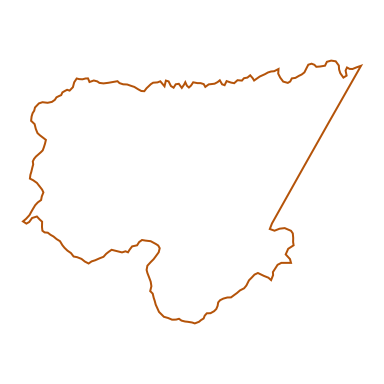 outline of Rubiataba, Goiás, Brazil
{"feature_id": "56859067B12636135520213", "entity_name": "Rubiataba", "entity_type": "district", "adm_level": 2, "iso_a3": "BRA", "parent_name": "Brazil", "parent_adm1": "Goiás", "projection": "robinson", "projection_center": [-49.897, -15.198], "detail": "fine", "context": "isolated", "style": "outline", "palette": "amber", "viewbox_px": 384, "rotation_deg": 0, "n_neighbors": 0, "source": "geoboundaries", "source_scale": "gbopen_adm2", "svg_char_len": 3135}
<svg xmlns="http://www.w3.org/2000/svg" viewBox="0 0 384 384"><path d="M23.0,221.4L26.4,223.6L29.2,222.0L32.1,218.0L36.9,216.5L39.6,219.4L42.1,221.7L42.0,227.1L42.4,230.7L44.6,232.4L47.8,232.7L50.5,234.8L53.5,236.5L56.6,239.1L60.0,241.2L62.4,245.2L64.5,247.8L67.4,250.6L71.0,253.1L73.6,256.5L77.2,257.2L81.5,258.9L84.9,261.6L88.6,263.5L91.6,261.4L95.1,260.3L99.6,258.3L103.5,256.8L106.2,253.8L108.6,251.9L111.6,249.8L117.6,251.3L122.0,252.4L125.5,251.3L128.0,252.3L129.6,249.7L132.1,246.4L137.1,245.3L139.1,242.1L142.0,240.0L145.5,240.6L150.7,241.2L155.9,244.0L158.2,245.5L159.7,248.2L158.7,252.3L155.4,256.8L153.6,259.2L150.8,262.0L147.4,265.7L146.6,269.9L147.4,273.0L149.0,277.1L150.7,281.7L151.4,286.2L150.2,291.1L152.7,293.6L153.7,297.8L154.7,300.8L155.7,304.6L159.0,311.9L163.9,316.8L168.1,318.0L172.1,319.7L176.0,319.6L179.0,318.8L181.5,320.6L185.0,321.5L187.8,321.8L192.1,322.5L194.8,323.4L199.0,321.8L201.0,320.1L203.6,318.5L204.7,315.7L206.8,313.3L210.5,313.2L214.1,311.2L216.3,309.0L217.6,305.9L218.2,302.4L220.1,300.2L223.3,298.6L227.3,297.5L231.0,297.4L234.1,295.1L237.0,293.0L240.0,290.4L244.1,288.3L246.4,285.5L249.0,280.3L251.7,277.6L254.5,274.6L257.9,273.0L263.9,275.9L268.4,277.7L271.1,280.1L273.1,275.1L272.9,272.1L277.6,264.8L281.3,262.9L291.0,262.9L290.0,259.1L285.7,254.4L288.2,248.8L293.6,245.3L293.1,242.0L293.2,237.9L292.8,233.4L291.0,230.8L284.7,228.1L279.6,228.7L274.5,230.7L269.8,229.0L272.0,223.4L303.7,166.9L328.8,122.4L361.0,65.8L356.4,67.4L352.5,69.0L349.6,68.9L347.0,67.5L345.6,70.6L346.6,75.6L343.4,77.6L340.3,73.2L339.1,69.5L338.8,65.5L335.7,61.3L331.2,60.6L326.9,61.8L325.0,65.7L320.1,66.5L316.3,66.8L314.4,64.8L311.6,63.7L308.3,64.7L306.6,68.0L304.4,72.4L301.7,74.5L299.0,75.8L295.4,77.9L291.8,78.4L290.2,81.5L287.8,82.9L283.2,81.6L280.2,77.6L278.2,73.6L278.5,69.0L274.2,71.2L271.0,71.5L267.9,72.5L264.9,74.2L259.8,76.5L254.1,80.5L252.7,78.2L250.2,75.3L247.4,77.6L244.0,78.2L241.9,80.6L237.5,80.2L234.2,83.2L231.1,82.6L226.6,81.1L224.6,85.2L222.1,84.3L219.8,80.3L217.6,82.1L214.6,83.7L208.7,84.4L205.3,86.9L203.7,84.1L200.5,83.1L197.3,83.1L193.2,82.3L191.0,85.6L188.9,87.5L186.9,85.7L185.3,82.2L184.0,84.7L181.8,87.9L178.8,83.8L175.7,84.3L173.6,87.7L170.9,86.0L168.6,81.4L165.9,80.6L164.5,86.3L160.3,81.3L157.5,82.4L153.1,82.7L150.8,84.2L148.6,86.3L146.5,88.3L144.3,91.2L141.3,91.0L138.2,89.3L134.3,86.9L131.5,86.0L127.2,84.5L123.1,84.3L119.5,83.1L117.5,81.2L113.5,81.9L108.4,82.8L103.5,83.4L99.4,82.9L97.3,81.4L93.8,80.5L89.5,82.0L88.0,78.4L85.5,78.5L82.5,79.3L79.1,79.1L76.7,78.5L74.2,82.3L72.9,87.2L69.6,90.6L67.1,89.8L64.8,91.0L62.4,92.4L61.2,95.1L58.9,96.1L56.5,97.3L54.8,99.9L51.9,101.9L47.6,102.8L42.5,102.2L38.9,103.4L36.9,105.5L35.0,107.5L34.2,110.7L32.6,113.2L31.6,116.5L31.1,120.8L34.6,124.1L35.8,128.9L37.5,133.1L39.9,135.3L42.8,137.5L45.9,139.9L45.0,143.7L43.8,147.5L42.7,150.4L40.9,152.2L38.4,154.4L35.9,156.6L34.1,158.8L32.8,161.4L33.2,164.4L32.4,167.3L31.3,171.9L30.4,174.8L29.9,178.6L33.1,180.2L36.9,182.9L42.1,189.6L43.4,192.4L41.8,196.4L41.1,200.0L37.8,202.4L35.2,205.2L32.9,209.0L31.4,211.6L29.5,215.1L26.1,218.8L23.0,221.4Z" fill="none" stroke="#b45309" stroke-width="2"/></svg>